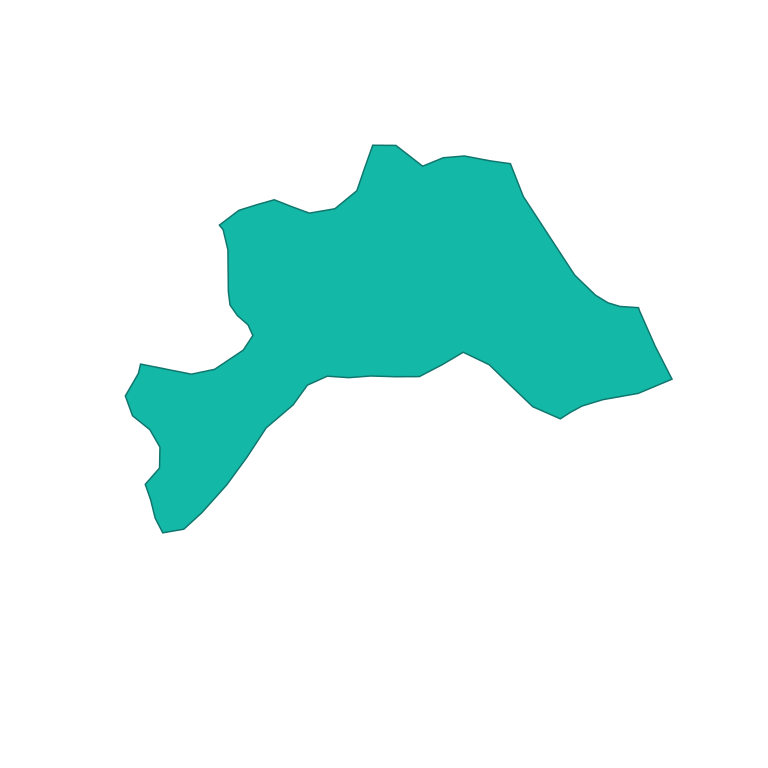 SVG path tracing the border of Tovuz, rotated 37°
{"feature_id": "AZE-1687", "entity_name": "Tovuz", "entity_type": "District", "adm_level": 1, "iso_a3": "AZE", "parent_name": "Azerbaijan", "parent_adm1": "", "projection": "orthographic", "projection_center": [45.732, 40.914], "detail": "fine", "context": "isolated", "style": "filled", "palette": "teal", "viewbox_px": 768, "rotation_deg": 37, "n_neighbors": 0, "source": "natural_earth", "source_scale": "10m", "svg_char_len": 1010}
<svg xmlns="http://www.w3.org/2000/svg" viewBox="0 0 768 768"><g transform="rotate(37 384 384)"><path d="M177.6,514.6L224.1,492.2L239.9,474.2L251.2,441.7L250.1,424.2L239.8,418.6L225.7,417.6L213.5,413.6L204.1,403.9L178.6,370.8L162.8,357.7L156.9,356.2L163.6,332.6L175.0,316.7L185.5,302.9L203.2,298.0L221.5,292.5L239.3,273.6L246.0,246.0L238.6,223.3L231.3,200.1L249.9,186.3L283.8,186.8L295.1,167.7L311.0,153.5L334.3,142.0L352.4,132.0L382.4,150.4L470.8,182.3L499.5,185.8L513.9,184.4L525.7,180.1L541.3,169.9L544.4,172.0L577.6,190.5L611.1,206.8L592.6,238.6L568.3,264.7L561.8,273.6L555.3,282.6L549.9,294.5L545.8,305.7L516.6,312.6L486.1,309.0L456.5,305.3L428.1,311.0L419.0,333.2L407.8,356.8L388.5,371.5L368.7,385.5L352.1,400.1L334.0,411.9L323.5,431.0L324.0,455.4L316.3,490.0L318.6,524.8L319.1,559.2L316.0,596.2L311.5,620.4L296.9,636.0L281.9,628.8L267.6,617.1L253.7,607.8L255.3,586.2L243.1,569.3L224.5,561.4L202.3,560.7L184.6,549.2L181.5,523.3L177.6,514.6Z" fill="#14b8a6" stroke="#0f766e" stroke-width="1.5"/></g></svg>